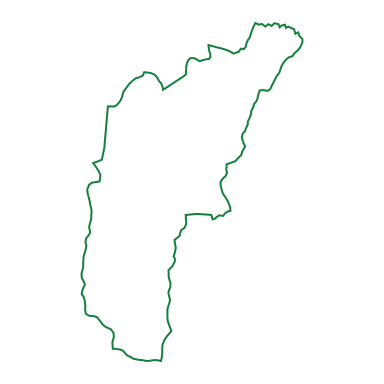 outline of Cerqueira César, São Paulo, Brazil
{"feature_id": "56859067B82361031328738", "entity_name": "Cerqueira César", "entity_type": "district", "adm_level": 2, "iso_a3": "BRA", "parent_name": "Brazil", "parent_adm1": "São Paulo", "projection": "albers", "projection_center": [-49.128, -23.072], "detail": "fine", "context": "isolated", "style": "outline", "palette": "green", "viewbox_px": 384, "rotation_deg": 0, "n_neighbors": 0, "source": "geoboundaries", "source_scale": "gbopen_adm2", "svg_char_len": 2957}
<svg xmlns="http://www.w3.org/2000/svg" viewBox="0 0 384 384"><path d="M101.8,159.8L97.8,161.4L93.1,163.1L95.1,165.6L98.7,171.1L100.4,175.2L100.0,178.9L99.5,181.5L91.8,182.7L89.1,184.9L87.2,189.7L87.7,193.5L88.7,197.2L89.5,200.6L90.3,204.8L91.3,209.0L91.6,211.7L91.3,214.9L91.3,217.6L90.8,220.5L90.0,223.3L89.1,226.8L90.2,232.8L88.3,235.8L86.2,238.2L85.4,241.8L86.4,245.7L85.3,251.1L84.4,253.8L83.6,256.7L83.3,260.3L83.2,263.5L83.2,267.4L82.3,270.6L81.5,274.0L81.8,278.0L83.6,281.3L85.0,284.7L83.4,287.6L82.3,290.5L81.7,294.2L83.8,297.0L84.8,301.2L85.3,305.5L85.1,310.0L85.8,313.7L89.2,315.8L93.4,316.0L97.1,317.2L100.9,322.1L103.3,325.1L106.1,327.2L110.8,329.2L113.5,332.8L113.9,336.8L112.4,342.0L112.8,348.8L116.2,348.8L120.8,349.7L123.5,351.1L125.6,354.0L127.7,355.7L130.9,357.2L133.6,358.8L137.5,359.6L140.1,360.0L142.8,360.2L146.4,361.0L149.7,360.8L153.6,360.1L156.8,360.1L161.0,361.0L161.8,357.3L162.3,352.5L162.2,348.5L162.5,344.7L164.5,339.9L167.1,336.0L169.3,333.5L171.3,330.9L167.8,321.3L167.4,317.7L167.4,309.4L170.1,300.2L169.3,296.9L168.4,293.0L169.0,290.1L170.2,287.5L170.5,283.3L169.0,278.3L168.6,275.8L168.7,272.9L168.5,270.2L172.3,266.3L174.8,261.4L174.9,258.6L173.6,256.4L174.9,252.3L175.8,247.9L175.0,243.7L174.5,239.9L179.4,236.1L181.1,230.2L184.6,227.7L186.3,223.6L185.9,219.0L185.7,215.0L196.7,213.9L211.3,214.9L212.7,219.4L215.0,218.6L216.9,216.9L219.2,215.3L223.1,215.9L224.9,213.5L227.6,211.5L230.4,210.9L230.3,207.7L228.9,203.6L227.5,200.5L225.2,197.0L222.9,193.6L221.9,190.4L220.7,185.9L220.5,182.3L222.2,179.3L225.7,175.9L227.1,172.6L226.2,169.9L226.6,167.3L226.5,164.4L232.1,162.4L235.2,161.2L237.8,158.5L241.3,154.9L242.2,151.6L245.1,146.5L243.0,141.8L241.8,137.6L242.6,133.7L245.0,131.1L246.0,128.1L247.7,124.9L247.8,121.6L249.5,118.2L251.0,114.1L251.2,111.3L253.1,107.4L254.1,103.8L256.1,101.7L257.5,98.5L258.1,95.5L258.9,92.8L259.7,90.4L262.8,90.1L267.7,90.8L270.2,89.2L272.1,85.1L274.4,80.7L276.0,77.3L277.4,75.1L279.1,73.1L280.1,70.4L281.7,65.6L284.0,62.0L286.9,58.8L289.6,56.9L292.2,56.4L294.3,53.3L298.4,49.8L300.6,46.5L302.4,42.3L302.5,39.3L299.4,36.0L298.2,32.4L295.3,33.8L294.2,29.3L291.1,27.9L288.1,26.6L285.9,27.9L285.0,24.7L281.7,25.5L279.7,27.3L278.5,24.2L274.3,23.2L271.7,25.9L268.3,24.2L265.4,26.6L261.9,23.9L259.0,24.7L255.4,23.0L253.2,27.3L252.0,30.5L250.9,33.8L249.6,37.7L247.6,40.6L246.4,43.6L245.5,47.2L243.8,49.1L240.9,48.6L238.8,51.7L233.6,53.6L230.4,51.7L228.2,50.6L224.2,49.2L208.5,45.1L209.0,50.2L210.3,54.0L210.4,56.8L209.0,59.1L206.5,59.2L202.6,60.2L199.7,61.2L196.7,59.5L194.2,58.1L190.5,58.1L188.7,59.7L187.4,62.0L186.3,66.2L185.9,74.4L183.6,76.3L163.1,89.8L162.4,86.2L161.1,83.2L159.2,81.2L156.9,77.1L154.6,74.7L150.2,72.8L146.8,72.5L144.2,72.2L142.8,75.6L139.1,77.4L135.9,78.2L132.6,80.7L129.6,83.5L126.9,87.0L123.3,92.1L122.2,96.4L120.7,100.2L118.8,102.7L117.0,104.8L114.8,106.4L111.6,106.5L107.9,106.3L106.1,127.0L104.3,148.1L101.8,159.8Z" fill="none" stroke="#15803d" stroke-width="2"/></svg>